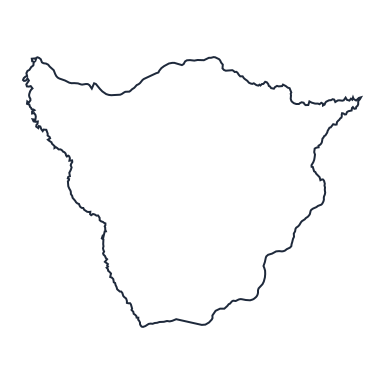 Canabrava do Norte, Mato Grosso, Brazil (Robinson projection)
{"feature_id": "56859067B45377841308252", "entity_name": "Canabrava do Norte", "entity_type": "district", "adm_level": 2, "iso_a3": "BRA", "parent_name": "Brazil", "parent_adm1": "Mato Grosso", "projection": "robinson", "projection_center": [-51.832, -11.229], "detail": "fine", "context": "isolated", "style": "outline", "palette": "slate", "viewbox_px": 384, "rotation_deg": 0, "n_neighbors": 0, "source": "geoboundaries", "source_scale": "gbopen_adm2", "svg_char_len": 5816}
<svg xmlns="http://www.w3.org/2000/svg" viewBox="0 0 384 384"><path d="M361.0,97.3L358.9,97.9L356.1,100.5L353.6,99.0L353.0,97.4L352.2,99.7L350.9,98.7L349.4,100.6L346.9,99.8L345.6,97.6L343.7,100.3L342.3,100.7L339.1,100.3L337.7,100.5L335.3,102.0L334.2,99.6L332.7,99.2L330.9,100.2L329.0,100.3L326.2,101.7L325.3,102.8L324.6,104.6L323.0,105.5L322.9,103.7L321.3,102.8L319.5,104.2L318.0,103.6L315.1,103.6L311.6,102.6L309.4,101.4L308.3,105.0L305.7,105.1L304.7,104.4L303.6,102.7L301.6,102.3L300.0,103.1L298.9,104.0L296.2,104.0L293.9,103.2L292.2,101.9L291.3,100.8L290.7,98.8L291.0,95.4L290.7,93.7L291.3,92.5L289.6,88.2L287.7,87.6L285.7,86.0L283.0,84.6L282.1,86.1L278.7,86.4L277.0,85.9L274.9,87.2L273.9,88.7L271.1,88.1L270.0,86.5L268.8,85.9L268.3,84.2L266.8,82.3L265.2,81.8L263.4,83.9L261.8,84.1L260.4,85.5L259.4,84.7L258.3,85.6L256.4,85.1L253.8,83.3L252.3,83.9L250.6,83.5L248.9,82.7L247.3,80.8L244.8,79.0L243.9,78.2L242.6,76.3L240.2,76.3L238.8,74.8L237.4,72.6L236.2,71.8L234.7,72.0L233.4,70.8L232.3,70.2L225.8,70.7L224.0,70.0L222.5,68.4L222.8,64.6L221.2,62.7L220.1,60.4L219.1,59.2L215.2,57.3L213.6,57.1L211.0,57.8L208.9,57.8L203.9,60.2L197.6,60.0L194.3,60.6L190.0,60.1L186.9,60.3L185.1,61.4L183.6,64.1L181.9,65.1L174.5,62.9L172.0,62.9L168.9,63.5L164.1,66.1L161.4,68.1L159.3,70.7L158.4,72.5L156.0,73.3L144.0,78.9L142.6,79.9L140.0,83.1L138.6,84.2L136.7,85.1L134.3,87.8L132.0,89.3L130.7,90.6L129.4,91.6L125.3,91.8L124.0,92.5L121.8,94.0L120.2,94.7L111.2,95.2L108.8,94.9L106.2,94.1L102.3,91.4L99.9,88.9L95.9,84.0L94.1,83.3L91.8,88.6L89.4,85.1L87.8,84.1L86.0,84.0L82.1,84.6L80.9,84.4L78.0,83.4L74.1,83.1L71.6,83.2L69.3,82.7L65.0,80.5L59.3,78.5L57.7,77.6L56.3,76.1L55.2,74.0L53.7,70.2L49.7,66.6L48.2,64.7L46.1,63.6L43.4,63.2L41.9,62.3L40.8,59.3L39.2,58.0L37.6,57.3L36.5,57.7L35.7,59.9L35.1,58.4L31.8,58.7L32.2,61.3L34.1,61.8L33.5,63.5L33.5,65.0L32.6,66.1L31.4,66.8L29.4,69.9L27.5,70.9L26.4,73.2L27.1,76.0L25.5,76.6L23.8,78.1L23.0,80.0L24.0,80.9L25.6,80.7L26.5,79.9L27.5,78.4L28.9,80.6L26.3,84.4L26.9,86.4L28.9,86.6L30.7,86.1L32.5,88.4L31.2,89.6L30.1,91.4L29.2,94.2L29.1,95.6L29.4,97.0L30.4,98.9L30.4,100.4L28.7,102.7L27.3,101.5L27.0,103.8L29.4,104.7L30.0,106.9L31.0,107.8L31.7,109.3L33.5,109.5L34.5,110.2L32.1,111.7L32.1,113.5L34.1,113.1L35.4,114.8L35.8,116.5L35.6,118.4L35.3,119.7L32.6,119.3L33.6,121.4L35.5,121.8L37.8,121.5L37.5,123.8L36.5,124.8L36.2,126.6L38.3,128.1L38.9,126.1L40.3,126.5L41.4,129.4L42.7,131.1L43.6,129.6L46.3,129.8L47.7,133.7L47.6,135.5L49.6,137.0L50.1,138.3L47.9,139.7L49.2,140.8L51.5,142.3L52.0,143.7L54.6,146.2L54.5,148.0L55.9,147.2L57.4,148.2L58.6,149.4L60.6,149.4L62.1,150.4L63.1,151.7L64.4,152.2L65.6,153.5L66.1,155.5L66.9,156.5L68.1,155.6L69.2,156.3L69.9,158.2L69.4,160.7L72.1,160.4L72.3,162.0L71.2,163.7L70.7,165.3L71.6,167.5L70.7,170.1L69.3,172.8L69.9,176.2L68.2,177.0L67.8,178.4L69.1,179.1L68.8,180.4L67.9,181.3L68.3,186.3L69.3,188.6L70.4,190.5L70.8,191.8L70.9,194.0L72.2,196.0L72.6,197.8L75.1,200.7L76.1,202.3L77.4,203.4L79.0,204.0L79.6,205.7L80.5,207.1L81.8,207.9L83.3,208.0L84.1,209.7L87.2,211.8L89.0,212.0L90.3,211.8L90.1,214.2L91.2,215.2L93.0,214.0L94.8,214.5L96.4,215.6L98.1,215.5L99.6,217.8L99.7,220.2L101.2,221.4L102.9,221.9L103.8,222.7L105.4,223.4L105.4,225.2L104.7,226.3L105.2,227.6L105.2,229.5L105.9,231.3L104.7,231.4L103.3,237.5L102.5,236.3L101.8,238.4L103.4,239.5L103.2,244.1L103.5,246.3L103.0,248.2L103.4,250.0L104.1,251.6L103.1,253.3L103.5,254.6L105.0,256.0L105.8,258.0L107.1,259.2L104.9,261.8L107.9,264.1L107.2,265.4L108.0,266.6L106.6,267.7L108.0,269.3L108.1,270.7L109.3,271.7L111.0,273.5L110.2,277.0L112.0,277.7L113.3,279.2L113.8,282.3L115.1,283.0L115.6,285.1L116.5,286.9L117.2,289.3L119.8,291.5L121.1,291.5L122.3,292.9L123.3,296.0L124.3,297.1L126.1,298.5L126.9,300.9L126.9,302.9L128.4,303.3L130.0,303.2L130.9,304.4L132.1,308.6L131.5,309.9L133.3,311.8L133.7,313.8L135.3,314.9L136.4,316.2L136.6,317.6L138.3,317.7L138.2,319.7L139.0,320.6L140.0,322.5L140.0,324.0L140.6,325.4L141.6,326.6L143.0,326.9L145.3,326.1L148.7,323.9L150.7,323.6L152.6,323.8L154.8,323.0L157.1,322.8L159.5,322.0L163.9,321.8L167.0,321.0L169.7,321.4L172.3,320.8L176.2,319.2L201.8,324.9L205.4,324.6L209.0,322.5L211.8,319.5L212.5,318.1L212.4,315.5L215.6,310.8L220.0,308.7L224.3,308.7L227.3,306.0L228.7,304.2L229.9,303.7L231.9,301.4L233.2,300.7L235.7,301.0L238.7,299.5L240.3,299.1L241.7,299.2L245.8,300.0L250.1,300.3L252.7,299.5L254.1,298.7L256.1,297.0L257.0,295.8L257.6,294.5L258.0,292.8L258.0,290.3L258.6,288.4L262.5,284.2L263.8,281.6L264.9,277.4L265.2,274.1L265.1,270.7L264.3,268.0L263.5,266.0L264.9,262.0L265.8,257.7L266.3,256.4L268.1,254.8L272.1,253.6L276.1,251.4L279.1,251.1L282.0,251.4L283.7,251.1L285.1,250.5L286.7,249.2L290.0,247.6L291.3,246.2L291.6,244.1L292.2,242.2L293.0,238.9L294.0,236.8L293.8,233.6L295.1,231.3L295.5,228.9L296.2,227.7L298.2,226.3L299.5,224.8L301.0,222.2L302.0,221.1L304.8,219.3L305.7,218.2L307.9,216.7L309.2,215.2L309.9,214.0L310.6,210.9L311.3,209.8L313.0,208.6L316.4,207.1L318.0,205.9L321.4,204.6L322.3,203.6L323.4,201.5L323.9,199.6L323.8,197.9L324.0,196.5L324.8,194.6L325.2,192.7L324.8,189.8L325.0,187.4L324.5,185.6L324.8,183.7L324.1,181.0L323.2,179.6L322.1,179.4L320.4,180.2L319.6,177.2L316.1,173.6L315.4,172.1L314.1,171.3L312.8,167.0L311.6,166.8L311.5,165.2L313.3,162.2L314.2,159.8L314.6,157.5L315.0,154.6L314.2,152.1L314.7,148.6L316.5,147.6L318.6,147.3L318.5,145.7L320.3,144.6L321.3,143.4L321.9,142.1L322.5,138.6L323.5,137.5L324.1,136.2L325.4,135.4L327.2,132.6L327.6,131.0L329.5,127.7L330.7,127.4L333.2,124.2L335.2,124.7L336.6,124.5L337.0,122.1L338.3,120.6L339.3,119.8L340.1,118.5L341.4,117.6L341.8,116.1L341.7,114.7L342.1,113.2L343.5,113.5L344.8,114.5L346.1,114.3L347.0,112.1L348.4,111.2L351.6,110.5L352.0,108.0L352.9,107.1L354.3,108.8L355.9,108.5L356.3,106.8L357.6,105.7L358.2,104.2L358.2,101.5L358.8,100.4L359.8,99.4L361.0,97.3Z" fill="none" stroke="#1e293b" stroke-width="2"/></svg>